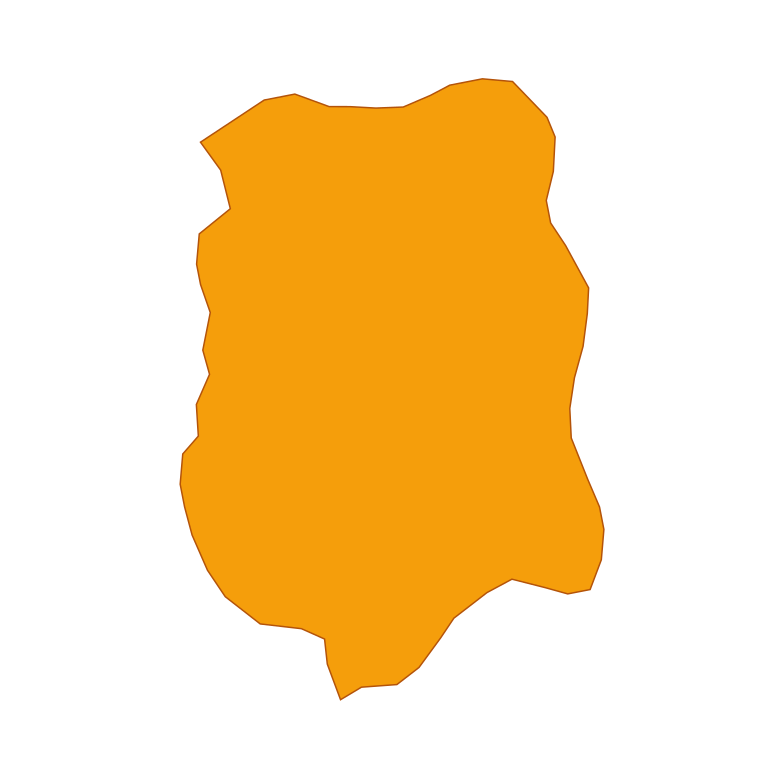 outline of Pileri, Cyprus, rotated 349°
{"feature_id": "46923920B51203162214587", "entity_name": "Pileri", "entity_type": "district", "adm_level": 2, "iso_a3": "CYP", "parent_name": "Cyprus", "parent_adm1": "", "projection": "mercator", "projection_center": [33.212, 35.289], "detail": "fine", "context": "isolated", "style": "filled", "palette": "amber", "viewbox_px": 768, "rotation_deg": 349, "n_neighbors": 0, "source": "geoboundaries", "source_scale": "gbopen_adm2", "svg_char_len": 888}
<svg xmlns="http://www.w3.org/2000/svg" viewBox="0 0 768 768"><g transform="rotate(349 384 384)"><path d="M281.1,685.6L304.0,677.3L339.3,681.5L364.3,668.9L391.3,643.9L407.9,627.2L445.3,608.4L472.3,600.0L503.5,614.7L524.3,625.1L547.1,625.1L563.8,598.0L572.1,568.7L572.1,545.8L565.8,516.5L557.5,472.7L561.7,443.5L572.1,414.3L586.6,385.0L597.0,353.7L603.2,328.7L588.7,282.8L578.3,257.7L578.3,234.8L590.8,207.6L599.1,174.2L594.9,153.3L567.9,111.6L538.8,103.2L505.6,103.2L484.8,109.5L455.7,115.8L428.7,111.6L403.7,105.3L383.0,101.2L351.8,82.4L320.6,82.4L285.3,97.0L250.0,111.6L264.5,142.9L266.6,182.6L231.3,201.4L222.9,230.6L222.9,251.4L227.1,280.7L212.6,316.2L214.6,341.2L195.9,368.3L191.8,399.7L173.1,414.3L164.8,443.5L164.8,466.5L166.8,495.7L175.2,533.2L187.6,562.5L216.7,595.9L256.2,608.4L277.0,623.0L274.9,648.1L281.1,685.6Z" fill="#f59e0b" stroke="#b45309" stroke-width="1.5"/></g></svg>